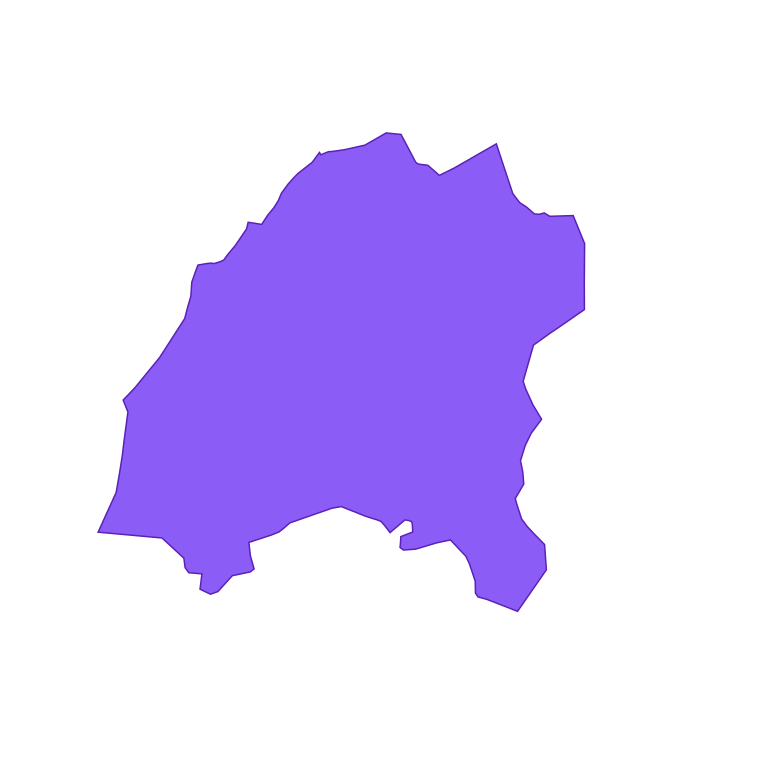 outline of Damaturu, Yobe, Nigeria, rotated 206°
{"feature_id": "59680162B76704120420691", "entity_name": "Damaturu", "entity_type": "district", "adm_level": 2, "iso_a3": "NGA", "parent_name": "Nigeria", "parent_adm1": "Yobe", "projection": "robinson", "projection_center": [12.053, 11.854], "detail": "fine", "context": "isolated", "style": "filled", "palette": "violet", "viewbox_px": 768, "rotation_deg": 206, "n_neighbors": 0, "source": "geoboundaries", "source_scale": "gbopen_adm2", "svg_char_len": 1923}
<svg xmlns="http://www.w3.org/2000/svg" viewBox="0 0 768 768"><g transform="rotate(206 384 384)"><path d="M265.2,598.1L287.8,618.3L308.5,607.4L315.0,608.0L318.7,604.7L323.3,602.8L333.4,605.5L335.9,605.8L341.5,606.5L351.7,611.6L365.5,625.7L388.3,649.1L415.5,609.0L425.7,595.8L440.5,599.8L449.7,596.7L452.7,597.2L478.1,615.8L492.1,610.6L505.9,590.3L523.0,576.7L523.3,576.5L532.2,570.5L535.8,568.4L541.3,562.3L543.5,563.8L544.5,558.5L545.7,551.8L553.6,535.6L553.7,535.3L555.4,530.2L556.4,526.7L557.8,521.8L559.8,510.6L559.4,502.3L560.3,494.1L562.5,485.0L563.9,473.8L570.7,471.8L577.0,469.8L575.5,463.3L578.4,443.2L581.2,431.9L582.4,425.1L585.0,422.0L589.3,417.9L592.5,416.8L595.6,414.9L603.3,409.4L603.3,409.1L603.3,408.8L603.3,408.7L603.3,408.4L603.2,408.1L603.2,407.9L603.2,407.7L603.2,407.2L602.8,403.5L602.5,400.2L602.4,400.0L601.6,393.0L601.6,392.6L601.5,392.0L601.3,391.0L596.1,378.3L594.3,367.8L591.8,355.4L593.1,344.6L597.3,309.4L606.2,271.6L611.4,255.2L601.9,246.6L592.4,218.0L588.2,206.1L582.7,188.2L577.2,169.1L576.0,125.5L516.0,148.3L487.5,139.7L482.3,131.8L476.8,128.8L464.4,133.5L459.4,118.9L447.8,119.0L442.3,124.6L436.3,145.2L421.8,156.5L419.7,160.9L428.8,171.0L436.0,182.4L419.3,198.6L413.5,205.0L410.7,210.8L407.8,217.8L376.5,249.4L368.6,255.1L345.7,256.8L343.2,257.0L335.9,258.0L330.5,258.9L329.2,258.9L326.5,259.2L321.5,257.1L313.4,253.1L305.6,271.0L301.6,272.2L299.2,272.4L297.4,270.9L293.3,263.6L302.0,254.2L300.3,250.3L297.9,244.1L293.7,243.3L283.2,249.4L266.9,264.4L255.9,273.0L234.8,265.0L228.3,259.7L215.6,246.8L210.1,236.1L206.1,233.8L197.2,235.5L164.3,238.2L156.6,288.2L169.3,310.1L182.6,314.8L192.8,318.7L201.1,323.0L211.4,333.6L215.8,338.6L214.5,355.3L220.9,366.1L227.7,374.9L230.1,390.6L230.1,404.2L226.9,421.4L241.1,430.6L254.5,441.7L260.1,447.4L266.7,484.5L256.8,502.8L254.6,506.5L236.5,538.7L236.7,539.2L248.4,562.9L265.2,598.1Z" fill="#8b5cf6" stroke="#5b21b6" stroke-width="1.5"/></g></svg>